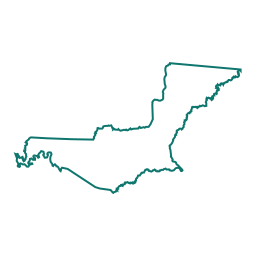 the district of Matupá, Mato Grosso, Brazil
{"feature_id": "56859067B29352512721224", "entity_name": "Matupá", "entity_type": "district", "adm_level": 2, "iso_a3": "BRA", "parent_name": "Brazil", "parent_adm1": "Mato Grosso", "projection": "natural_earth1", "projection_center": [-54.414, -9.981], "detail": "fine", "context": "isolated", "style": "outline", "palette": "teal", "viewbox_px": 256, "rotation_deg": 0, "n_neighbors": 0, "source": "geoboundaries", "source_scale": "gbopen_adm2", "svg_char_len": 5818}
<svg xmlns="http://www.w3.org/2000/svg" viewBox="0 0 256 256"><path d="M170.0,63.2L170.0,64.4L168.5,64.5L167.9,65.6L166.5,66.0L166.0,66.5L165.4,68.2L165.3,70.4L166.1,74.6L165.9,75.4L164.8,76.9L164.3,79.1L164.8,84.1L165.5,86.0L165.5,87.7L163.6,89.8L162.9,91.5L162.8,92.0L163.4,93.5L163.1,94.6L163.2,98.4L162.6,99.6L160.2,100.7L158.9,100.6L157.3,99.9L156.1,99.9L154.7,99.6L153.4,100.6L152.3,102.2L152.5,103.3L152.3,104.6L152.8,119.2L150.5,124.2L148.6,126.9L145.9,126.9L144.8,127.7L143.7,127.2L140.7,128.0L139.6,126.9L138.8,127.5L138.4,128.5L132.9,128.8L131.5,129.4L130.8,129.3L130.7,128.7L130.4,128.4L128.2,130.1L127.5,130.3L127.0,130.3L126.1,129.6L125.3,130.1L124.0,129.8L120.7,130.7L119.4,130.2L118.4,129.1L118.0,129.6L117.4,129.8L114.7,129.5L114.5,129.0L114.0,128.8L113.3,129.3L113.5,128.4L113.1,128.1L112.5,128.3L111.3,125.4L109.2,125.8L108.4,125.5L108.0,125.8L104.9,126.0L103.3,126.4L103.0,127.6L102.2,128.6L99.2,128.6L98.0,127.9L97.5,128.1L97.4,129.8L96.2,131.8L95.6,131.8L95.2,132.3L95.3,132.9L95.8,133.3L94.9,133.9L95.3,134.5L95.3,135.1L93.9,136.9L94.1,138.2L93.7,138.5L93.3,139.6L71.3,139.2L47.4,138.3L31.1,137.4L30.4,137.6L29.2,138.4L28.7,139.5L26.5,141.1L25.6,142.4L26.0,142.7L26.7,142.3L27.1,143.9L26.7,145.0L25.2,145.7L25.4,147.7L24.9,148.1L25.3,148.7L25.3,150.5L24.8,150.9L24.2,150.6L24.1,151.2L25.0,151.8L25.1,152.9L26.1,154.1L26.0,155.0L26.4,156.6L25.8,157.3L25.5,159.3L25.2,159.7L24.4,159.8L24.6,160.7L23.7,161.2L23.5,160.4L22.9,160.0L22.8,159.4L23.2,158.8L22.5,158.3L22.8,157.8L22.5,156.9L20.4,157.8L19.5,157.9L18.9,157.4L19.0,156.4L18.4,156.4L18.4,155.8L17.8,154.8L17.9,154.2L17.5,153.9L16.1,154.3L15.4,154.0L17.0,158.3L16.7,160.9L18.3,163.6L18.2,164.8L17.7,166.0L18.0,166.5L19.5,166.9L20.0,166.4L19.7,164.1L20.0,163.6L20.6,163.4L23.0,164.5L24.5,164.2L27.1,166.7L28.4,166.6L29.4,164.9L30.4,164.4L32.3,164.0L32.2,163.4L30.0,163.4L28.6,163.8L28.3,163.4L28.3,162.3L29.7,160.7L30.0,158.9L31.5,158.5L33.0,159.8L35.0,159.8L35.1,158.2L33.9,157.8L33.4,156.7L33.4,156.1L34.2,155.4L37.9,156.2L37.9,157.4L38.2,157.7L38.7,157.4L39.1,157.2L38.3,154.7L39.3,153.2L40.3,152.5L40.9,151.3L41.5,151.1L43.5,151.8L44.0,154.0L43.3,154.7L43.3,155.3L44.3,156.6L44.6,157.6L44.9,157.8L47.1,157.4L48.0,154.9L47.3,154.1L47.4,153.4L48.0,152.7L48.7,152.4L50.3,152.4L50.9,152.6L51.5,154.3L50.4,157.0L50.2,159.4L50.7,161.9L52.2,163.9L52.5,165.6L53.1,166.0L53.6,165.2L54.9,164.3L56.3,165.8L56.4,166.3L57.5,166.5L58.1,167.1L59.9,170.5L60.6,171.1L61.0,170.0L60.7,169.4L62.0,167.7L67.6,168.9L95.3,187.1L99.8,188.5L110.6,190.0L112.8,192.6L113.3,192.8L113.5,192.3L115.8,191.6L116.2,190.5L116.5,190.7L116.9,190.1L117.3,190.4L117.2,189.6L117.6,188.8L117.1,189.1L116.8,188.5L117.8,188.2L118.2,188.4L118.2,187.5L118.8,186.6L119.5,186.0L120.3,186.0L121.4,185.4L121.2,184.9L121.7,184.8L121.8,185.7L122.4,185.9L122.3,185.1L122.6,184.7L123.1,185.1L124.4,184.0L124.8,184.1L125.1,183.6L124.9,183.2L125.3,183.1L125.2,182.5L127.1,182.4L127.6,182.1L128.5,182.9L129.1,182.8L129.4,183.2L130.3,182.7L130.7,183.3L131.9,182.6L132.4,183.1L132.8,182.6L133.1,183.5L133.5,183.5L134.4,182.4L134.8,182.8L135.3,182.5L135.6,181.3L135.4,180.8L136.0,180.5L135.9,179.1L136.8,178.0L137.2,177.9L138.1,175.5L139.8,175.5L141.5,172.9L141.9,173.1L142.7,172.5L143.9,172.6L145.3,169.9L145.8,170.0L146.6,169.3L147.2,169.5L147.6,169.3L148.5,169.8L148.4,170.3L149.1,171.1L150.2,171.1L151.2,171.6L152.4,171.0L152.8,170.4L153.4,170.4L154.6,169.5L155.6,170.1L155.7,170.8L156.2,171.1L157.0,171.4L157.6,171.1L158.0,171.4L159.4,171.3L159.8,171.0L159.8,170.4L160.8,170.3L161.2,169.9L163.2,169.9L163.7,169.2L165.6,168.6L166.5,169.5L169.1,169.4L169.5,169.6L169.6,170.3L171.7,170.8L173.8,170.3L175.6,168.3L177.5,167.7L179.6,168.2L180.9,170.9L181.4,171.1L182.0,170.9L182.5,170.3L182.0,169.5L177.9,165.2L176.8,164.5L176.2,163.6L176.0,162.5L175.2,161.9L172.8,161.4L172.3,160.7L172.7,159.4L172.0,158.5L171.5,157.3L170.9,156.7L171.1,155.7L170.4,149.8L169.8,148.5L169.9,146.8L169.5,146.0L169.7,145.5L170.8,144.7L171.9,143.3L173.2,140.6L173.0,139.6L174.9,137.1L175.1,135.5L176.0,135.0L175.6,134.5L176.2,134.1L176.5,132.9L177.0,132.5L176.6,131.1L177.0,130.4L178.6,129.8L179.3,128.8L180.2,128.6L181.5,128.9L181.7,129.4L182.5,128.8L182.6,128.2L183.7,127.0L183.5,125.5L184.5,124.0L184.1,122.3L184.6,122.1L184.7,120.5L185.2,120.7L185.5,120.2L185.9,120.4L186.3,120.1L186.4,119.3L186.8,119.1L186.6,117.8L187.0,117.6L186.8,116.9L187.2,116.2L187.2,115.5L186.7,115.0L187.9,113.4L189.1,112.7L189.6,113.1L190.1,112.0L190.5,112.1L190.5,111.7L191.5,111.0L191.1,110.1L191.7,109.1L192.1,107.1L192.9,106.8L193.5,107.2L195.2,106.8L195.9,107.1L196.3,106.9L196.7,107.1L197.3,108.0L198.1,107.4L198.0,106.8L199.0,106.7L199.9,105.8L200.8,106.3L202.8,105.3L204.9,106.2L205.4,105.9L206.3,105.9L206.3,103.0L205.5,101.5L205.9,101.8L206.3,101.1L206.3,100.2L206.9,99.9L206.4,98.9L206.8,97.7L207.8,98.2L208.7,97.7L209.5,98.4L209.9,98.1L210.5,98.2L211.5,99.9L211.9,99.5L211.8,98.7L212.2,98.2L212.7,98.2L212.9,98.7L213.2,98.2L213.0,97.2L212.0,97.0L212.3,96.3L213.1,96.0L213.5,95.6L214.4,95.5L214.0,94.1L214.3,93.8L214.8,93.8L215.6,93.3L216.6,94.0L216.8,93.6L216.5,93.1L216.7,92.6L216.7,91.1L217.0,90.5L217.4,90.8L218.7,90.1L218.5,89.5L218.8,89.1L217.6,88.5L218.0,88.2L218.1,87.6L216.1,87.8L216.6,86.4L216.1,86.2L216.3,85.7L216.8,85.6L217.5,84.6L217.7,85.1L218.1,84.8L218.6,85.2L220.1,84.6L220.4,85.1L221.0,84.2L220.8,83.6L221.5,83.4L221.6,84.0L222.6,83.7L223.2,84.6L223.4,83.8L223.9,83.6L223.8,83.2L224.3,82.8L224.9,82.8L226.4,81.8L226.8,82.2L227.7,81.7L227.8,81.0L228.6,80.0L229.7,80.0L230.8,80.4L231.4,80.1L232.4,78.8L232.2,78.1L233.5,76.8L233.8,77.3L234.6,76.8L234.5,77.5L235.1,77.4L235.3,76.7L235.8,76.5L237.4,77.1L238.3,76.6L239.0,75.6L238.8,73.8L238.7,73.0L238.3,72.7L238.0,73.1L237.7,71.7L238.9,70.4L239.5,70.5L239.8,70.2L240.2,70.2L240.6,70.7L240.6,69.5L170.0,63.2Z" fill="none" stroke="#0f766e" stroke-width="2"/></svg>